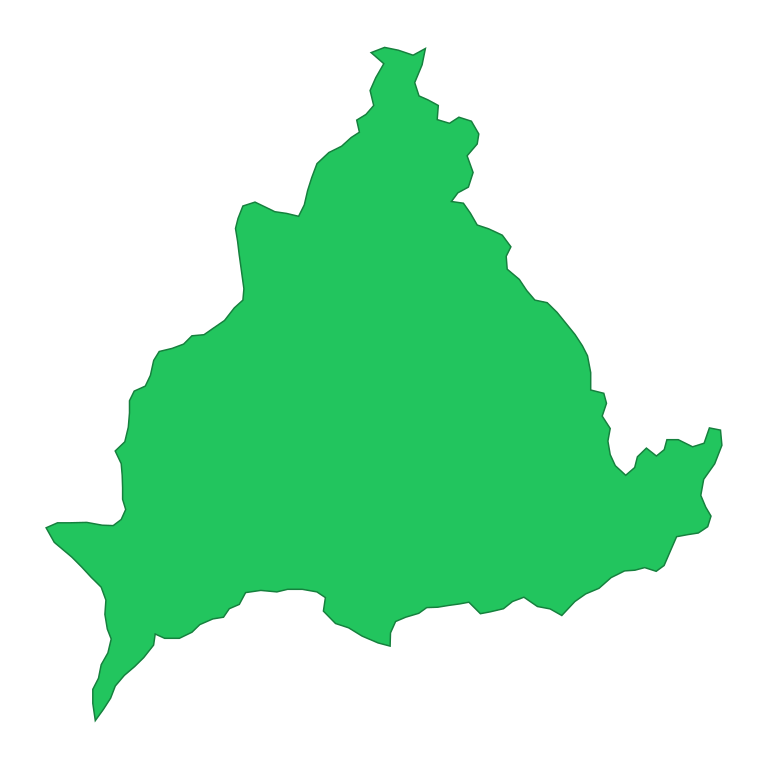 Florestal, Minas Gerais, Brazil (Albers equal-area conic projection)
{"feature_id": "56859067B66859822929128", "entity_name": "Florestal", "entity_type": "district", "adm_level": 2, "iso_a3": "BRA", "parent_name": "Brazil", "parent_adm1": "Minas Gerais", "projection": "albers", "projection_center": [-44.443, -19.858], "detail": "fine", "context": "isolated", "style": "filled", "palette": "green", "viewbox_px": 768, "rotation_deg": 0, "n_neighbors": 0, "source": "geoboundaries", "source_scale": "gbopen_adm2", "svg_char_len": 2472}
<svg xmlns="http://www.w3.org/2000/svg" viewBox="0 0 768 768"><path d="M371.1,52.6L383.8,63.7L375.8,77.6L370.1,90.5L373.7,105.5L366.0,114.4L356.7,120.1L359.4,132.2L351.2,137.5L341.6,146.2L328.9,152.5L317.0,163.6L311.7,177.7L307.6,190.6L304.3,204.9L298.6,216.3L286.5,213.4L274.8,211.7L265.8,207.3L255.0,202.1L242.9,206.0L238.0,218.5L235.5,228.5L237.6,241.3L239.2,254.6L241.7,272.7L243.9,288.8L242.9,300.1L234.3,307.9L224.5,320.5L213.0,328.4L204.0,334.7L191.9,335.8L183.6,344.1L172.1,348.4L159.2,351.5L153.7,360.4L150.4,375.4L145.3,386.1L134.2,391.1L129.5,400.7L129.5,412.9L128.3,427.2L124.8,441.8L115.2,451.0L121.2,463.6L122.2,475.3L122.6,487.7L122.6,499.3L125.7,509.5L121.2,519.5L113.2,525.6L102.2,525.2L86.8,522.4L70.0,522.8L57.5,522.8L46.1,527.8L54.3,542.4L71.7,557.0L81.7,567.0L91.1,577.2L101.2,587.2L105.9,600.1L104.9,614.4L107.3,629.0L111.2,639.0L107.9,652.9L101.2,664.7L98.5,678.2L92.8,689.3L92.8,703.4L95.3,720.6L103.3,709.5L110.6,698.2L115.3,686.0L124.3,675.4L134.8,666.4L143.8,657.5L153.6,645.1L155.2,634.0L164.6,638.3L179.4,638.3L192.0,632.2L199.8,624.6L212.9,618.9L223.5,617.2L229.3,608.7L239.3,604.4L245.6,592.6L260.8,590.4L276.9,591.9L287.6,589.3L302.3,589.3L316.9,591.9L325.4,597.6L323.4,611.1L335.5,623.5L348.6,627.8L362.1,636.1L378.0,642.9L390.1,646.1L390.5,632.9L395.6,621.5L405.7,617.2L418.8,613.3L426.7,607.6L437.8,607.2L448.8,605.4L459.7,603.9L468.9,602.2L480.4,613.7L490.4,611.8L503.5,608.7L512.5,601.5L523.9,597.2L537.4,606.5L550.1,608.9L561.8,615.5L574.9,601.5L585.7,593.9L599.0,588.3L611.1,577.6L624.6,570.9L634.9,570.2L644.7,567.6L656.2,571.3L664.1,565.5L670.5,550.7L676.6,536.7L687.9,534.6L698.3,533.0L707.7,526.7L711.0,516.1L705.7,507.1L700.8,495.4L703.7,479.3L714.7,463.8L721.9,445.3L720.5,430.1L709.4,427.9L704.1,443.2L692.6,446.8L678.3,439.7L666.9,439.7L664.2,449.7L656.4,456.0L646.4,448.1L637.4,456.8L634.7,467.5L625.7,475.3L615.3,465.7L610.2,454.6L607.9,441.1L610.2,428.5L602.2,416.1L606.5,403.3L603.8,393.3L590.7,390.0L590.7,372.6L587.5,355.8L582.4,345.8L575.0,334.5L566.0,323.4L557.0,312.3L547.2,302.7L534.9,300.1L526.7,290.5L519.3,279.4L507.2,269.2L506.2,256.3L510.9,246.8L502.3,235.2L488.8,228.9L477.2,225.0L470.4,213.2L463.4,203.2L451.4,201.5L457.9,192.8L468.4,187.1L473.1,172.5L467.1,155.8L477.2,144.0L478.8,134.0L471.4,121.2L458.9,117.2L449.5,123.3L437.2,119.6L438.3,105.5L428.2,100.0L419.0,95.9L414.7,82.6L422.1,64.8L425.4,48.5L413.1,55.2L398.3,50.2L384.6,47.4L371.1,52.6Z" fill="#22c55e" stroke="#15803d" stroke-width="1.5"/></svg>